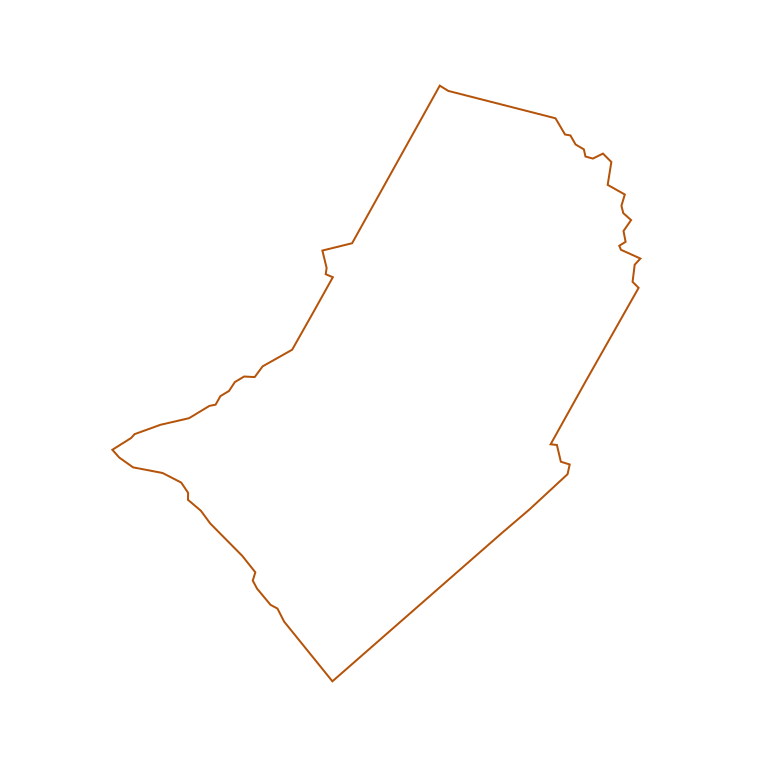 outline of Merced, California, United States of America, rotated 166°
{"feature_id": "52423323B6642778687362", "entity_name": "Merced", "entity_type": "district", "adm_level": 2, "iso_a3": "USA", "parent_name": "United States of America", "parent_adm1": "California", "projection": "equal_earth", "projection_center": [-120.697, 37.187], "detail": "fine", "context": "isolated", "style": "outline", "palette": "amber", "viewbox_px": 768, "rotation_deg": 166, "n_neighbors": 0, "source": "geoboundaries", "source_scale": "gbopen_adm2", "svg_char_len": 994}
<svg xmlns="http://www.w3.org/2000/svg" viewBox="0 0 768 768"><g transform="rotate(166 384 384)"><path d="M257.7,660.0L380.9,528.3L411.5,528.4L411.6,510.5L414.0,504.6L407.8,500.0L434.4,471.6L464.8,439.5L497.5,430.5L507.8,422.0L517.9,425.1L528.2,422.0L536.0,414.8L545.7,411.8L552.4,404.7L558.7,405.0L581.5,398.0L610.8,398.5L638.1,395.7L642.4,392.8L663.5,385.9L658.7,376.7L647.6,363.8L620.4,351.2L604.6,337.4L600.4,325.8L602.2,319.0L592.4,305.4L586.3,290.6L563.1,251.5L554.4,232.4L558.9,225.0L556.7,216.2L547.5,197.1L541.7,191.9L538.4,177.6L506.0,108.0L306.3,210.6L273.2,227.1L227.7,252.1L223.3,261.0L231.2,265.8L231.0,283.0L236.9,285.2L188.9,336.5L113.7,415.7L118.1,423.0L111.9,439.1L104.9,443.7L121.6,456.9L122.3,461.2L115.2,463.5L114.6,474.5L104.6,483.3L110.5,491.9L110.5,499.5L104.5,509.6L118.8,523.1L109.7,544.4L115.8,554.6L126.8,552.2L133.5,556.0L133.3,563.3L140.2,570.1L143.0,580.1L148.0,582.3L153.3,600.3L250.7,652.8L257.7,660.0Z" fill="none" stroke="#b45309" stroke-width="2"/></g></svg>